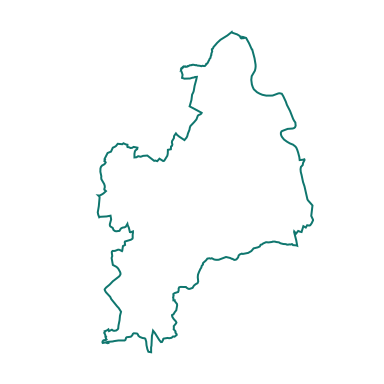 outline of Arroyohondo, Bolívar, Colombia, rotated 349°
{"feature_id": "7082276B96996063551718", "entity_name": "Arroyohondo", "entity_type": "district", "adm_level": 2, "iso_a3": "COL", "parent_name": "Colombia", "parent_adm1": "Bolívar", "projection": "natural_earth1", "projection_center": [-75.04, 10.243], "detail": "fine", "context": "isolated", "style": "outline", "palette": "teal", "viewbox_px": 384, "rotation_deg": 349, "n_neighbors": 0, "source": "geoboundaries", "source_scale": "gbopen_adm2", "svg_char_len": 6011}
<svg xmlns="http://www.w3.org/2000/svg" viewBox="0 0 384 384"><g transform="rotate(349 192 192)"><path d="M133.9,333.5L135.2,331.9L135.8,330.7L136.2,330.5L140.2,330.6L141.7,331.2L144.1,331.2L145.8,330.2L147.3,330.7L149.7,329.4L149.8,328.7L148.9,326.9L149.2,326.1L149.1,325.4L147.8,323.2L148.2,322.3L148.5,320.2L151.4,317.8L151.8,317.1L151.4,315.8L149.8,313.2L148.9,310.9L148.8,309.4L149.0,308.9L150.4,308.6L152.2,306.6L154.0,305.1L155.8,300.4L155.9,299.1L154.1,295.5L154.3,295.1L153.2,294.8L153.5,294.3L153.2,293.6L153.5,292.6L153.3,291.9L154.2,290.1L154.0,289.6L154.3,288.5L155.8,287.9L159.3,287.5L160.1,286.1L160.5,284.1L161.3,283.1L162.6,283.0L167.9,284.1L168.3,284.8L169.9,286.3L170.8,286.6L171.8,286.6L174.3,286.2L176.0,284.3L178.0,283.2L180.0,282.6L181.0,281.1L181.4,276.7L182.1,274.3L183.5,272.0L185.5,269.2L186.7,268.0L187.4,266.4L188.9,265.3L189.0,264.4L189.5,263.7L192.7,261.8L194.4,260.3L196.5,260.4L197.7,261.0L198.8,260.8L200.9,262.5L202.8,263.2L205.3,263.6L213.0,262.3L216.8,264.0L218.5,265.3L218.9,265.3L220.5,266.7L221.9,266.8L222.8,266.6L224.8,265.0L225.7,263.2L227.0,262.4L229.2,262.0L230.0,262.5L235.5,262.5L239.0,261.3L241.7,259.1L246.0,258.9L248.1,258.4L249.3,256.9L250.7,256.8L252.0,256.1L255.1,255.4L257.5,256.1L260.9,256.3L262.0,256.1L263.9,256.5L265.2,257.2L267.7,258.0L269.0,259.2L271.8,260.5L274.2,261.1L275.0,261.7L276.1,262.0L277.5,262.0L279.0,262.4L280.1,262.2L280.5,262.4L281.0,263.4L284.2,264.3L285.0,264.8L285.1,259.6L284.6,250.7L284.8,250.2L286.2,252.7L288.8,250.5L290.5,251.6L291.9,252.2L294.8,246.8L296.9,248.6L298.7,246.6L300.6,247.3L301.7,247.2L303.5,245.5L305.4,242.9L305.5,242.3L304.5,238.2L307.7,228.2L304.3,222.4L303.9,221.3L303.5,207.9L302.9,203.4L302.8,196.2L302.6,193.1L302.9,190.3L303.7,188.2L305.8,186.7L306.6,184.6L308.5,182.2L308.6,181.5L308.5,181.3L307.1,181.5L303.8,181.2L304.0,178.1L303.7,173.4L303.3,170.4L302.8,168.3L302.1,167.0L300.2,164.8L297.4,163.0L294.8,160.7L292.3,158.0L290.9,155.3L290.4,153.7L290.3,152.1L290.6,150.7L291.5,149.5L293.3,149.1L298.0,148.3L303.0,148.9L304.4,148.7L305.5,148.1L306.4,146.7L306.7,143.5L305.8,141.5L305.2,139.5L303.7,131.2L301.8,124.6L301.3,121.1L299.9,115.5L298.9,112.7L296.9,111.8L295.6,111.7L289.5,112.7L283.4,111.6L279.6,110.0L277.2,108.4L274.9,106.5L272.3,103.0L271.7,100.8L271.3,97.9L271.6,93.2L272.7,89.7L276.9,84.9L277.8,82.9L278.4,81.0L278.7,79.1L278.9,72.7L278.3,63.6L277.9,63.4L276.4,56.9L274.5,51.1L272.1,49.8L272.0,50.2L273.5,50.8L272.6,50.7L272.1,50.9L271.9,50.8L272.1,50.5L271.8,50.4L271.0,50.5L270.9,50.2L271.2,50.1L270.7,49.5L269.6,51.5L269.9,50.7L269.2,50.0L268.7,48.0L266.4,45.9L261.7,43.2L261.6,42.5L256.6,45.1L249.0,48.0L245.3,50.3L240.7,53.9L239.9,55.2L238.8,55.6L238.6,56.3L238.7,57.7L237.4,59.9L237.1,60.7L237.2,61.1L236.3,62.3L235.7,63.9L234.7,64.6L233.7,66.2L233.0,66.8L232.8,67.3L231.5,68.8L230.5,68.9L230.2,69.6L228.8,70.7L227.9,70.7L226.4,70.1L225.2,70.3L223.8,69.6L221.4,68.9L220.3,68.2L219.9,68.3L217.2,67.2L216.0,67.4L215.6,67.2L215.1,67.4L213.9,67.2L212.4,67.8L211.7,67.6L211.3,68.0L209.8,68.0L209.2,67.7L210.2,67.6L208.0,67.2L207.7,67.4L208.3,67.6L207.2,67.5L207.6,67.3L206.9,67.5L206.3,68.0L206.7,68.0L206.3,68.3L206.6,68.3L205.0,69.3L205.3,68.7L205.0,68.9L204.4,70.5L204.9,73.3L205.1,75.2L204.0,78.1L206.2,79.3L211.7,80.2L214.3,79.9L215.7,80.0L216.7,79.7L218.7,79.9L217.4,83.0L214.8,88.3L213.0,93.1L212.2,94.5L210.7,96.4L209.0,101.6L206.0,107.5L216.6,116.1L216.2,116.7L215.2,117.3L213.0,117.8L212.3,118.2L210.2,121.6L207.6,123.7L203.1,126.9L202.2,128.3L201.4,130.4L199.2,133.8L198.1,136.1L197.1,137.5L194.5,139.6L190.1,135.3L188.2,133.0L187.4,131.4L185.3,133.4L184.9,134.1L184.5,135.7L182.1,138.3L181.7,139.6L181.8,141.5L181.2,142.8L180.1,143.3L179.4,146.0L176.4,146.0L175.5,149.8L174.7,151.7L170.7,156.0L169.6,156.1L166.4,153.1L163.8,155.1L161.9,154.1L160.8,154.2L155.1,147.7L150.9,147.2L148.4,147.6L146.0,146.6L144.1,147.3L142.1,147.1L142.8,143.5L143.7,141.2L144.4,140.4L146.4,139.4L146.9,138.1L143.3,136.6L141.7,137.2L140.1,137.1L138.6,136.0L137.3,135.6L137.2,134.8L137.7,133.5L137.7,133.3L136.2,132.7L134.0,131.1L132.7,131.8L128.3,130.5L126.2,132.3L124.8,132.9L122.7,133.4L120.2,136.9L116.6,137.6L112.4,143.0L112.8,143.7L111.9,144.9L112.7,145.8L112.9,146.6L111.4,148.0L108.7,148.9L107.4,150.0L106.6,151.5L105.9,154.7L106.0,159.2L105.6,160.7L105.5,162.2L107.3,167.4L107.5,169.3L107.3,170.7L106.5,172.3L106.4,172.9L107.7,174.7L105.0,176.4L103.6,177.0L100.7,177.9L99.3,177.5L100.2,178.8L100.2,179.9L97.8,188.2L95.6,194.0L95.6,196.3L96.1,199.1L96.9,198.8L103.5,199.7L107.5,199.7L107.4,203.5L105.2,207.9L105.0,209.3L105.2,210.1L105.8,210.7L107.3,212.1L107.7,214.3L108.9,215.6L110.1,216.1L113.4,216.3L115.0,214.5L115.9,214.0L117.5,213.7L119.0,213.8L120.4,213.4L122.5,211.0L122.5,212.1L123.2,215.0L123.4,219.5L124.0,219.8L126.5,219.4L126.3,220.6L125.6,222.6L125.0,225.8L124.6,226.5L122.9,227.2L116.8,227.8L116.4,228.4L116.2,231.2L113.9,231.9L112.3,236.4L112.0,236.7L109.9,235.0L108.5,234.5L105.1,235.1L102.8,234.7L102.0,235.3L101.7,236.1L101.5,239.6L100.5,241.5L100.4,248.5L103.6,251.1L104.9,253.0L106.1,256.6L106.3,258.1L106.0,259.3L104.5,260.9L97.3,264.5L93.5,267.2L89.3,269.5L87.7,270.9L87.7,271.9L88.4,274.0L91.7,279.3L92.3,281.7L96.7,290.0L97.9,291.9L99.5,296.0L97.7,299.7L96.4,304.1L94.3,309.2L93.5,312.0L92.8,312.7L91.1,313.5L89.0,313.4L88.1,313.0L87.1,311.9L84.0,312.7L83.7,310.9L81.9,311.7L79.7,312.0L79.8,312.7L79.0,313.4L79.0,313.9L79.5,315.0L79.6,316.5L80.0,317.6L79.4,317.8L79.7,319.3L79.4,319.9L79.9,320.5L79.4,320.8L76.8,320.7L75.7,321.6L75.4,322.8L75.6,323.2L79.6,323.1L79.5,323.8L80.7,323.8L80.7,324.3L81.2,324.3L81.3,323.1L85.8,323.6L87.0,323.5L91.4,323.7L97.5,324.9L98.4,324.5L99.6,322.4L100.3,322.1L104.3,322.4L106.0,321.3L106.9,320.0L107.8,319.6L110.0,320.1L111.2,320.6L111.7,321.5L111.9,322.8L113.1,324.3L115.6,325.9L117.7,326.6L118.2,327.3L118.5,330.1L118.1,333.8L118.2,337.7L118.7,340.5L121.3,341.5L122.2,336.7L122.9,335.1L125.3,325.3L126.2,323.6L127.3,320.7L128.7,323.4L131.6,331.0L132.9,333.4L133.9,333.5Z" fill="none" stroke="#0f766e" stroke-width="2"/></g></svg>